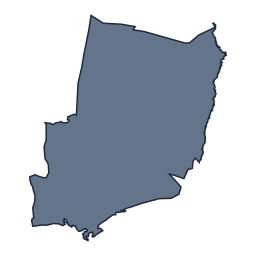 outline of Zitlala, Guerrero, Mexico
{"feature_id": "50627088B63332967359881", "entity_name": "Zitlala", "entity_type": "district", "adm_level": 2, "iso_a3": "MEX", "parent_name": "Mexico", "parent_adm1": "Guerrero", "projection": "albers", "projection_center": [-99.152, 17.747], "detail": "fine", "context": "isolated", "style": "filled", "palette": "slate", "viewbox_px": 256, "rotation_deg": 0, "n_neighbors": 0, "source": "geoboundaries", "source_scale": "gbopen_adm2", "svg_char_len": 5734}
<svg xmlns="http://www.w3.org/2000/svg" viewBox="0 0 256 256"><path d="M179.0,194.1L179.4,192.0L180.3,190.2L180.9,186.8L169.4,174.1L173.0,174.9L183.9,178.6L188.1,169.2L189.0,169.3L191.0,168.9L192.4,168.2L193.0,161.3L195.3,158.0L197.9,161.0L199.2,162.4L199.4,161.3L201.1,159.4L201.2,159.1L200.7,158.7L200.7,158.3L201.3,157.6L201.2,157.3L201.7,156.8L201.6,155.9L202.0,155.1L202.6,154.7L202.7,154.3L202.4,153.9L202.4,153.6L202.5,153.4L203.0,153.2L203.3,152.3L202.7,150.4L202.5,150.2L201.9,150.0L202.2,149.4L202.1,148.6L202.8,148.5L202.4,147.7L202.7,147.4L202.6,147.0L202.8,146.3L203.5,145.6L203.6,144.6L204.0,143.6L204.9,142.9L204.7,141.8L205.0,141.3L205.3,141.2L204.9,140.2L205.0,139.1L205.4,138.8L205.3,138.2L205.1,138.2L205.0,137.8L205.3,137.5L205.4,137.1L205.2,136.7L205.1,136.0L204.2,133.5L204.4,133.2L204.9,133.0L204.1,131.8L204.2,131.6L204.7,131.4L205.0,130.8L205.2,129.8L205.0,128.7L205.6,128.2L205.6,127.6L205.2,126.8L205.4,126.7L206.0,126.7L206.2,125.9L206.4,125.7L206.4,124.0L206.7,123.7L206.8,123.0L207.4,122.4L207.8,121.3L207.8,119.6L207.9,119.3L208.5,119.1L208.7,117.9L209.4,118.0L209.7,117.8L209.3,117.1L209.2,116.3L209.4,115.7L210.0,115.2L210.4,112.5L211.3,111.3L212.5,110.3L212.2,109.8L211.6,109.9L212.5,108.6L213.0,107.4L213.0,105.8L213.1,105.6L213.5,105.8L213.9,105.8L214.0,105.4L213.8,104.5L214.2,104.4L214.3,104.2L214.1,103.9L214.1,100.7L213.6,100.3L213.5,99.6L212.9,99.1L213.6,98.9L214.1,98.4L213.9,97.1L214.2,96.7L215.2,96.5L215.1,95.0L215.9,94.3L215.8,93.3L215.2,92.6L215.6,91.8L214.9,91.1L214.7,90.6L215.4,90.0L214.7,89.4L214.0,88.4L214.1,88.2L214.4,88.2L214.9,87.8L214.9,86.3L214.2,84.5L213.7,84.2L213.4,83.2L213.8,82.1L213.4,81.8L213.3,81.6L213.5,81.4L214.0,81.4L214.2,81.2L214.3,80.5L214.2,79.8L214.5,79.4L215.3,79.0L216.4,78.0L216.8,77.8L217.1,77.5L217.2,76.4L217.5,75.7L217.7,74.3L218.3,73.5L218.3,73.3L218.0,73.1L218.2,72.5L219.1,72.1L219.7,70.3L219.7,69.8L219.4,69.3L219.4,68.8L219.5,68.7L220.1,68.6L220.5,68.2L220.5,67.6L219.9,67.2L220.2,66.2L220.9,66.1L221.7,65.6L221.7,65.0L221.1,64.5L220.6,63.8L220.6,62.8L221.0,62.6L221.9,62.9L222.2,62.7L222.0,61.9L221.2,60.9L221.1,60.1L221.7,59.4L222.1,59.2L223.8,59.1L223.9,58.8L223.6,58.2L223.7,57.1L224.8,55.9L225.2,55.8L225.5,55.5L226.1,55.3L226.3,55.1L226.2,54.7L225.9,54.1L225.6,54.1L225.1,54.3L224.8,54.2L224.6,53.9L224.7,53.4L225.8,52.8L225.8,52.6L225.7,52.3L225.3,52.2L224.1,52.5L223.9,52.3L223.5,52.2L222.8,52.5L222.6,52.4L221.9,51.5L221.3,50.2L221.0,50.1L220.2,50.3L219.9,50.0L219.9,49.0L219.7,48.6L219.8,47.6L219.8,47.1L219.2,46.8L218.3,47.5L217.7,47.4L217.6,47.0L217.8,46.4L217.8,45.8L217.4,45.6L216.6,45.5L216.5,45.2L216.9,44.8L217.0,44.3L216.8,44.1L216.0,44.0L215.8,43.7L215.8,43.3L216.1,43.0L216.5,42.3L216.3,41.9L215.7,41.8L215.3,41.4L215.3,41.1L215.8,40.4L215.4,38.9L215.4,37.9L215.0,37.2L214.1,36.8L212.6,33.0L212.2,32.8L212.6,31.8L213.3,31.4L213.8,30.8L214.0,30.3L214.6,29.9L214.7,29.1L215.3,29.0L215.4,28.9L215.6,25.1L213.6,23.2L213.0,23.0L212.6,22.7L215.2,27.2L198.5,35.2L189.7,42.8L185.1,43.1L144.4,31.6L133.1,29.8L135.2,26.6L121.2,24.2L103.1,23.2L91.1,15.4L88.8,30.1L83.9,54.4L81.7,67.5L78.1,83.3L76.4,115.1L74.7,114.3L73.6,114.4L67.6,117.0L67.7,117.6L67.5,119.5L67.8,119.4L68.5,119.7L69.0,120.6L69.0,120.9L68.2,122.0L67.7,122.3L67.1,122.6L63.1,122.9L62.1,122.2L61.2,122.0L60.9,121.6L60.7,121.5L59.5,122.4L58.8,122.5L56.9,122.6L56.3,122.9L55.6,122.9L54.6,123.8L53.9,124.3L53.4,124.4L51.9,124.1L51.5,124.0L51.1,123.5L50.0,123.5L49.2,123.1L46.7,123.0L45.1,122.7L46.2,124.8L46.2,138.5L46.0,140.2L44.1,146.9L44.5,152.2L45.1,158.7L47.9,163.4L48.3,165.0L48.8,172.9L45.9,177.9L41.8,177.3L40.2,176.8L36.8,175.6L35.2,174.7L29.7,176.9L30.1,180.3L31.1,184.2L32.6,186.6L33.3,190.1L35.1,195.8L34.7,201.7L32.8,207.8L33.7,218.0L32.4,218.7L31.8,219.7L31.7,220.9L32.8,226.3L42.5,225.0L47.0,225.2L54.0,223.4L55.6,223.7L58.9,223.8L59.9,224.4L60.1,224.4L60.4,224.8L62.0,225.1L62.8,225.6L63.3,225.4L65.2,224.1L64.3,223.9L64.3,223.1L64.0,222.4L63.8,221.3L64.8,221.7L64.6,221.3L63.9,220.8L64.3,220.7L64.0,219.5L64.1,218.8L64.8,218.7L65.2,218.9L65.9,219.5L66.7,220.7L66.8,221.1L66.6,221.1L66.5,221.4L66.8,221.9L66.6,222.5L66.3,222.9L67.1,222.4L67.8,222.8L67.7,223.0L67.9,224.1L68.6,224.4L68.4,224.9L70.1,226.0L70.5,226.4L71.1,226.3L71.3,226.6L71.3,226.8L71.6,227.0L71.9,226.8L71.9,225.8L72.7,225.6L72.7,225.3L73.0,225.2L73.3,225.5L73.0,225.9L73.7,226.0L75.1,225.8L75.2,226.1L75.6,226.3L75.8,227.2L76.2,228.3L78.7,231.2L79.6,231.3L81.9,230.6L82.4,230.3L82.8,229.6L83.5,229.3L84.2,229.2L84.6,228.9L85.4,229.1L85.8,228.8L86.0,228.7L86.5,229.9L87.1,230.0L87.3,230.4L87.2,230.9L86.4,231.4L85.8,231.6L84.4,231.5L84.4,231.8L84.7,232.0L84.1,232.7L83.3,234.2L82.8,234.0L82.8,234.8L83.6,235.3L83.7,236.4L83.6,236.7L83.2,237.2L83.4,237.6L83.9,238.0L83.9,238.6L84.3,239.0L85.0,239.1L85.5,239.5L86.2,239.6L87.8,240.6L88.2,240.1L88.0,239.3L87.2,238.9L87.5,238.3L86.9,238.1L86.4,237.4L86.1,237.3L86.0,236.4L86.3,236.4L86.9,236.2L88.4,236.4L88.7,235.8L88.7,234.3L88.4,233.8L88.8,233.3L89.2,233.0L90.7,232.8L91.7,232.5L92.2,232.0L92.6,232.0L92.7,233.1L93.1,233.3L93.3,233.6L93.3,234.3L93.1,234.8L92.3,235.2L92.1,236.3L92.2,236.6L92.6,236.9L93.2,237.0L93.9,236.5L94.2,236.5L94.4,236.2L95.2,235.9L95.6,235.2L96.2,234.6L96.8,234.5L97.4,234.1L97.7,233.6L98.3,233.2L98.5,233.3L99.5,232.3L100.9,231.9L101.1,231.6L102.7,230.8L102.8,230.5L102.7,230.3L100.2,228.4L99.8,228.3L98.0,228.7L98.0,227.9L98.3,227.0L98.3,225.4L102.0,222.5L105.7,220.3L109.5,217.2L112.7,215.0L115.8,214.6L115.9,213.2L116.4,212.6L116.4,212.2L118.7,212.1L118.7,212.4L121.3,211.8L121.1,210.6L122.3,210.4L122.3,211.1L123.0,211.0L123.1,211.9L124.0,211.7L125.6,211.1L124.7,210.0L123.9,209.5L127.1,208.0L130.1,207.3L141.7,203.3L159.0,198.7L171.1,198.3L179.0,194.1Z" fill="#64748b" stroke="#1e293b" stroke-width="1.5"/></svg>